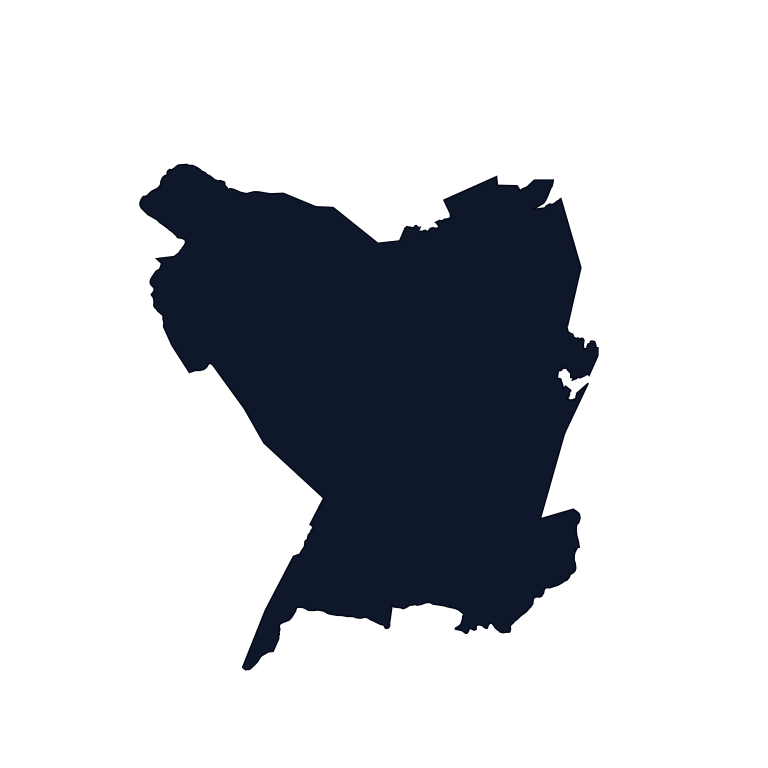 the district of Santos Reyes Nopala, Oaxaca, Mexico, rotated 340°
{"feature_id": "50627088B74291328650735", "entity_name": "Santos Reyes Nopala", "entity_type": "district", "adm_level": 2, "iso_a3": "MEX", "parent_name": "Mexico", "parent_adm1": "Oaxaca", "projection": "orthographic", "projection_center": [-97.189, 16.083], "detail": "fine", "context": "isolated", "style": "filled", "palette": "ink", "viewbox_px": 768, "rotation_deg": 340, "n_neighbors": 0, "source": "geoboundaries", "source_scale": "gbopen_adm2", "svg_char_len": 6171}
<svg xmlns="http://www.w3.org/2000/svg" viewBox="0 0 768 768"><g transform="rotate(340 384 384)"><path d="M503.2,231.7L504.6,246.6L503.3,250.9L502.9,250.6L498.7,250.5L497.6,249.8L495.5,250.5L494.4,250.4L493.5,250.2L492.2,249.3L487.8,249.8L488.4,250.6L489.0,252.9L489.8,254.2L488.5,255.6L486.7,255.8L484.7,254.8L483.8,254.7L483.6,253.9L481.4,253.7L479.9,254.1L477.7,255.7L476.9,255.9L475.9,254.2L474.6,253.5L473.9,253.4L472.9,254.0L470.9,253.1L468.6,252.9L469.2,251.2L470.3,250.7L470.8,249.4L471.3,249.1L470.4,248.9L469.8,248.5L468.7,247.0L468.6,246.3L467.6,246.0L466.3,246.6L465.3,247.4L462.7,246.2L462.3,245.5L461.6,245.5L459.3,243.9L458.1,244.6L457.4,244.5L447.6,254.9L426.3,249.7L396.6,200.8L380.6,194.2L354.6,170.4L342.3,166.5L332.0,160.7L327.9,159.0L319.7,158.1L314.5,154.7L309.3,149.7L305.9,147.7L304.1,148.1L303.6,147.2L303.7,145.9L302.3,142.8L303.0,141.4L302.9,139.4L301.0,137.8L300.3,137.6L299.3,136.7L297.0,136.3L295.6,134.7L294.8,134.5L293.9,132.7L291.6,129.0L289.2,126.6L288.2,124.2L285.4,121.5L284.4,119.5L282.4,116.7L279.0,113.3L275.0,111.6L273.8,110.2L265.8,108.0L263.9,108.3L261.1,109.4L257.9,110.2L255.9,109.1L253.5,110.0L252.5,111.2L252.2,112.5L250.4,113.5L248.6,113.4L246.3,114.5L243.9,117.1L242.1,120.4L240.8,121.4L238.1,122.7L232.1,123.4L230.1,124.0L224.5,126.6L223.8,125.3L223.8,125.9L223.0,126.3L222.3,125.5L220.8,126.2L219.0,127.6L217.1,129.6L216.1,131.8L215.9,133.3L216.1,135.5L220.1,144.0L226.8,151.8L228.6,155.7L230.0,157.5L234.1,163.7L235.3,166.0L237.1,168.5L239.4,173.0L240.2,175.8L242.7,177.3L243.4,177.4L245.3,179.3L245.5,179.3L246.3,180.9L246.3,182.4L245.3,184.1L244.1,185.3L241.6,186.8L239.6,188.4L238.0,189.1L237.0,190.3L230.4,192.5L213.2,188.5L216.3,194.7L212.6,199.3L208.1,200.2L201.5,205.1L200.0,206.8L199.1,208.3L198.9,210.2L199.1,211.4L200.5,214.3L200.7,216.2L199.5,218.0L197.3,219.6L196.1,220.0L196.0,221.3L196.8,223.6L196.7,225.4L195.7,229.1L194.6,231.4L194.6,233.3L195.8,235.7L196.4,238.0L198.4,241.7L199.3,242.7L199.6,244.7L198.6,247.3L198.1,251.4L196.5,254.7L198.0,275.2L205.1,306.6L210.9,306.7L212.6,307.1L215.6,308.3L217.5,308.3L219.0,308.7L222.3,307.9L224.1,306.7L225.3,305.5L226.4,305.0L228.6,305.6L229.5,307.2L244.3,359.0L251.0,398.3L288.3,470.6L266.5,490.7L267.4,491.5L268.1,493.8L268.1,495.3L266.6,495.8L265.3,496.8L263.8,498.6L261.9,499.5L261.0,500.2L259.2,503.1L258.3,504.0L255.9,504.9L254.8,507.5L253.5,509.7L249.3,512.7L246.8,515.1L240.0,515.0L195.2,556.0L154.4,601.7L154.6,602.6L156.2,605.2L157.5,605.3L159.5,606.1L161.5,605.7L167.7,603.0L170.1,601.7L174.7,598.1L176.1,597.5L182.1,596.4L184.5,596.2L188.4,597.3L197.8,587.4L198.5,586.0L198.5,584.9L199.6,584.0L200.3,582.8L200.2,581.7L202.2,579.0L202.5,576.5L203.1,575.0L204.5,573.9L207.2,573.5L210.9,573.5L212.4,573.2L213.6,573.5L216.1,572.4L217.9,571.3L223.3,567.0L224.3,565.4L225.0,564.7L226.6,564.1L231.2,566.1L234.0,568.7L235.1,570.3L236.6,571.3L242.1,573.2L244.1,573.5L247.8,575.5L249.9,576.9L252.6,580.2L254.4,581.6L260.5,585.1L265.4,587.1L270.1,589.9L272.5,590.7L276.4,592.5L278.2,594.2L280.8,595.5L282.5,596.1L285.4,596.4L287.5,597.2L288.4,597.8L291.1,601.3L292.7,602.6L298.1,608.3L301.5,610.7L301.8,613.9L302.0,614.1L303.0,614.5L304.2,614.7L305.0,614.6L306.2,613.6L306.9,612.5L307.4,610.7L315.9,594.7L317.1,596.9L323.4,600.0L324.2,600.9L325.3,601.7L328.2,601.6L331.8,600.8L333.7,600.9L335.4,601.6L336.5,601.4L338.1,602.0L339.4,603.1L344.1,603.9L346.9,603.7L349.3,604.0L350.8,604.3L352.8,605.2L354.7,607.5L364.7,612.9L367.4,615.0L374.0,619.1L376.6,621.5L379.7,626.2L380.0,627.2L379.9,627.9L378.3,629.6L377.5,631.8L374.7,635.3L373.5,636.4L372.2,636.9L369.7,637.6L367.7,637.8L367.2,638.7L368.3,639.5L370.3,640.5L371.0,641.2L372.7,642.0L375.4,646.1L376.5,646.5L377.4,646.3L379.7,644.1L380.2,643.2L381.0,643.1L381.7,643.3L384.5,646.1L385.5,646.2L386.7,645.9L387.5,643.5L388.2,642.7L389.0,642.4L390.8,642.7L393.5,644.3L395.0,647.0L396.2,648.4L397.4,648.8L398.0,648.3L399.1,646.6L401.2,645.1L402.1,645.0L403.1,645.5L403.8,646.1L404.5,648.2L404.9,650.6L406.6,653.8L407.7,655.0L407.9,656.2L408.3,656.7L409.1,657.2L409.8,657.2L410.0,657.8L410.7,658.4L415.2,659.3L416.5,660.0L417.2,660.0L417.9,659.4L419.2,657.2L419.4,655.5L420.7,653.8L423.5,652.8L426.2,651.2L428.3,650.8L433.6,648.4L439.5,646.8L446.7,642.9L448.5,641.4L450.6,637.4L451.7,636.2L454.7,636.2L455.8,636.4L456.7,637.2L457.6,637.2L458.4,637.5L459.9,637.0L462.5,634.8L464.1,632.2L465.8,630.9L467.6,631.1L469.8,632.1L478.6,632.5L483.3,631.7L486.4,630.8L488.6,630.9L491.8,629.1L492.5,628.4L492.7,627.7L494.1,626.7L495.1,626.3L496.8,626.2L499.4,625.0L501.0,623.0L501.4,621.8L502.3,618.3L502.4,614.7L503.9,610.7L505.3,608.1L508.1,605.3L510.2,603.7L511.6,604.2L512.8,597.9L513.3,591.9L514.7,586.8L516.3,583.1L517.3,581.8L519.6,580.8L522.5,576.8L522.6,575.3L523.0,573.9L522.9,572.4L522.1,570.8L519.1,566.4L484.7,564.2L535.9,493.3L538.9,490.0L576.2,453.1L561.9,458.7L559.4,462.9L558.2,463.5L557.2,463.2L556.8,463.6L553.5,462.9L551.9,461.0L551.1,460.6L553.6,458.7L554.2,457.9L554.8,457.1L555.2,455.1L556.7,454.8L557.3,453.8L553.9,448.2L551.3,449.7L551.7,440.6L551.9,439.9L551.4,439.3L550.2,438.5L548.9,438.9L548.4,438.4L552.3,431.3L554.3,431.7L555.9,431.6L556.0,430.4L558.1,430.5L558.6,431.0L560.2,431.0L560.6,431.2L562.2,435.9L562.7,436.4L563.1,438.0L561.7,441.7L564.5,443.0L562.5,444.6L566.4,444.8L567.1,444.4L567.4,443.7L567.3,443.4L568.1,443.5L568.6,444.2L570.3,445.2L575.5,444.9L576.2,444.3L579.5,444.9L579.7,446.0L594.6,430.6L597.4,423.2L595.1,422.0L595.0,421.6L595.5,421.6L596.0,421.2L596.3,420.4L596.4,416.2L594.6,415.2L594.2,414.6L592.3,414.8L592.4,415.5L591.6,416.6L589.6,416.1L587.5,418.3L587.8,419.9L583.6,419.4L584.7,415.2L586.8,411.4L586.4,409.1L584.5,409.0L584.5,408.4L582.9,408.8L581.9,406.9L580.7,407.3L580.2,407.0L578.0,404.7L578.4,403.5L578.3,401.6L577.9,401.7L576.6,400.3L574.8,397.8L575.7,391.3L576.6,391.7L608.8,342.0L613.6,270.3L612.6,270.4L611.5,271.2L609.1,271.5L606.7,272.4L603.2,273.0L601.3,271.5L597.0,272.4L595.5,273.6L583.4,271.0L595.6,268.7L598.4,266.9L602.1,263.2L607.2,257.5L609.6,255.5L611.4,252.9L612.8,250.3L595.0,243.9L585.7,247.8L581.2,248.0L579.3,248.5L578.1,249.2L576.9,243.3L558.5,236.1L560.7,227.6L503.2,231.7Z" fill="#0f172a" stroke="#020617" stroke-width="1.5"/></g></svg>